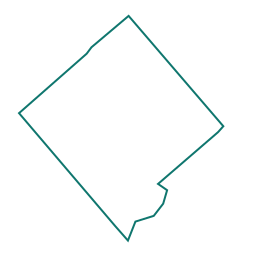 outline of Johnson, Illinois, United States of America, rotated 319°
{"feature_id": "52423323B78964381261335", "entity_name": "Johnson", "entity_type": "district", "adm_level": 2, "iso_a3": "USA", "parent_name": "United States of America", "parent_adm1": "Illinois", "projection": "mercator", "projection_center": [-88.906, 37.447], "detail": "fine", "context": "isolated", "style": "outline", "palette": "teal", "viewbox_px": 256, "rotation_deg": 319, "n_neighbors": 0, "source": "geoboundaries", "source_scale": "gbopen_adm2", "svg_char_len": 323}
<svg xmlns="http://www.w3.org/2000/svg" viewBox="0 0 256 256"><g transform="rotate(319 128 128)"><path d="M55.5,45.3L54.0,193.2L54.1,212.9L72.2,203.5L89.8,211.2L104.9,208.2L116.7,200.6L114.0,189.9L193.2,190.2L201.1,189.2L202.0,43.8L153.4,43.1L145.6,44.8L55.5,45.3Z" fill="none" stroke="#0f766e" stroke-width="2"/></g></svg>